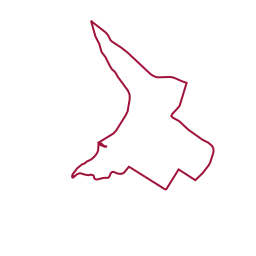 the border of Al-Basrah, rotated 122°
{"feature_id": "IRQ-3222", "entity_name": "Al-Basrah", "entity_type": "Province", "adm_level": 1, "iso_a3": "IRQ", "parent_name": "Iraq", "parent_adm1": "", "projection": "orthographic", "projection_center": [47.689, 30.202], "detail": "fine", "context": "isolated", "style": "outline", "palette": "rose", "viewbox_px": 256, "rotation_deg": 122, "n_neighbors": 0, "source": "natural_earth", "source_scale": "10m", "svg_char_len": 1659}
<svg xmlns="http://www.w3.org/2000/svg" viewBox="0 0 256 256"><g transform="rotate(122 128 128)"><path d="M155.9,145.2L140.5,137.5L136.4,136.7L118.1,136.7L114.0,137.2L102.5,141.9L98.8,144.4L96.3,147.9L90.2,163.3L87.6,168.2L87.2,169.4L86.9,171.8L86.7,172.7L85.3,175.7L79.9,184.6L77.8,190.1L76.7,191.7L72.1,196.7L67.5,204.3L56.6,216.2L57.1,214.2L58.8,197.6L59.4,195.5L60.2,193.6L62.9,189.1L63.2,187.0L63.4,176.5L64.3,168.2L70.4,137.2L70.4,134.8L70.2,132.7L69.8,131.1L69.2,129.5L62.4,119.3L61.5,117.2L60.9,114.9L59.8,107.3L58.7,102.2L81.8,96.0L83.1,96.1L92.9,97.9L95.0,97.6L95.5,95.3L95.1,89.3L95.2,87.4L95.7,85.1L97.5,75.8L98.5,58.8L97.9,51.9L98.7,46.9L100.1,44.9L101.5,43.7L103.9,42.5L113.7,40.0L116.8,39.8L126.8,40.8L136.6,43.3L136.3,63.1L159.5,63.1L160.2,63.6L160.4,64.6L160.3,104.1L160.4,106.7L167.9,107.7L168.7,108.0L169.4,108.4L170.6,109.7L171.6,111.3L172.2,113.1L172.8,116.7L173.1,117.5L173.7,118.1L174.5,118.4L175.3,118.6L176.2,118.5L178.7,118.1L179.6,118.1L180.5,118.4L181.2,119.0L182.6,121.4L184.9,124.0L187.7,126.5L188.2,127.2L188.5,128.0L188.7,128.9L188.5,129.8L188.0,130.5L187.3,131.1L186.7,131.8L186.6,132.7L186.7,133.3L187.6,135.2L189.1,136.7L189.5,137.6L191.0,141.8L191.1,142.9L191.8,144.5L192.1,145.0L192.6,145.5L193.6,146.2L194.6,146.9L196.8,147.5L197.3,147.7L197.3,147.8L197.3,148.1L199.0,148.1L199.4,148.9L198.5,149.9L196.6,150.4L188.9,149.7L183.4,147.8L180.9,145.9L178.4,145.2L174.4,142.7L171.3,141.6L168.0,141.0L165.0,141.0L162.3,141.7L157.4,144.4L156.9,142.2L156.6,139.8L156.1,137.5L154.9,136.0L155.8,138.6L155.9,139.6L155.7,140.7L155.4,141.7L155.4,142.6L155.9,143.3L155.9,145.2Z" fill="none" stroke="#9f1239" stroke-width="2"/></g></svg>